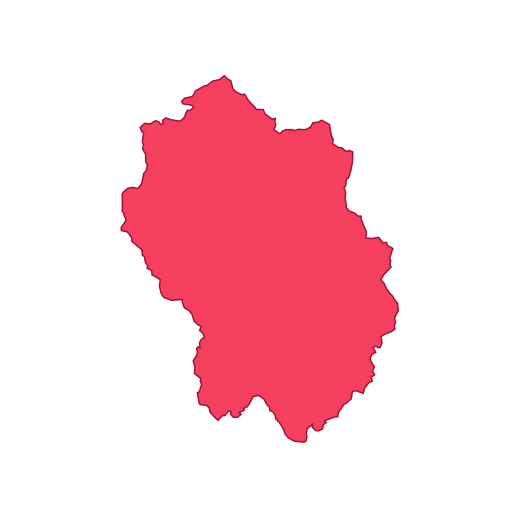 Adjuntas, Puerto Rico (orthographic projection), rotated 224°
{"feature_id": "32010507B57249745430969", "entity_name": "Adjuntas", "entity_type": "district", "adm_level": 2, "iso_a3": "PRI", "parent_name": "Puerto Rico", "parent_adm1": "", "projection": "orthographic", "projection_center": [-66.756, 18.181], "detail": "fine", "context": "isolated", "style": "filled", "palette": "rose", "viewbox_px": 512, "rotation_deg": 224, "n_neighbors": 0, "source": "geoboundaries", "source_scale": "gbopen_adm2", "svg_char_len": 3177}
<svg xmlns="http://www.w3.org/2000/svg" viewBox="0 0 512 512"><g transform="rotate(224 256 256)"><path d="M123.4,152.5L122.7,152.2L117.3,151.0L111.7,148.3L106.6,147.6L99.7,149.4L92.5,155.1L91.4,157.3L93.6,161.2L96.8,163.5L99.2,167.6L98.3,174.2L96.7,172.1L92.0,171.8L89.7,173.5L88.0,178.0L90.4,181.5L89.8,185.1L92.2,185.0L87.4,195.3L85.5,197.1L88.0,200.6L89.7,210.4L88.9,212.6L88.3,219.4L92.4,225.4L90.8,228.4L83.4,231.7L86.1,236.5L86.8,243.3L85.5,246.6L88.9,248.9L88.1,253.0L91.9,253.9L94.0,258.6L101.0,260.3L103.3,262.5L104.2,265.7L103.0,269.9L108.3,271.6L107.0,274.5L104.2,275.0L103.2,276.9L105.2,281.2L110.0,284.7L109.3,288.8L106.2,295.3L105.3,300.1L108.2,301.9L109.2,304.8L113.6,308.2L115.8,315.7L121.7,320.5L123.9,320.4L131.4,322.3L133.8,322.0L141.0,323.6L144.4,325.2L149.8,325.7L151.1,331.4L151.2,341.9L153.2,342.5L156.0,346.3L158.1,346.8L162.8,356.5L168.5,354.9L171.6,356.5L173.9,353.6L179.2,354.5L180.8,354.5L184.5,349.4L189.1,345.5L189.9,345.6L193.3,350.1L196.4,351.2L206.5,355.8L208.1,357.7L210.4,355.5L215.2,355.4L219.8,353.2L220.0,353.2L224.9,353.5L226.3,355.3L232.3,359.8L235.9,364.3L239.8,365.9L240.4,369.1L244.4,373.8L243.6,376.5L247.8,384.4L252.1,390.9L258.7,398.1L262.4,396.6L263.0,394.5L265.0,393.7L269.5,393.5L271.2,391.6L278.9,389.9L281.6,393.6L285.4,394.9L294.4,401.6L302.9,399.4L304.5,395.0L307.6,391.5L306.3,386.5L308.2,381.1L313.5,376.6L315.2,373.2L318.1,371.8L322.6,367.2L323.7,364.1L323.6,360.5L330.8,359.3L333.1,364.5L335.5,365.3L337.6,368.5L339.3,365.7L348.2,364.4L352.5,366.4L357.4,361.8L361.5,362.4L362.7,362.2L369.8,362.6L376.6,364.5L378.4,362.1L385.3,359.9L388.9,360.3L395.9,364.6L399.0,363.6L404.1,363.7L404.8,357.6L408.7,351.6L409.7,344.8L411.3,342.5L414.3,332.5L413.5,330.5L412.5,326.6L417.0,319.9L417.0,315.6L414.1,314.8L406.7,320.0L404.0,319.6L404.6,314.7L406.6,313.4L405.5,309.3L403.8,306.6L404.1,300.4L411.7,295.0L416.9,292.6L417.5,288.7L414.4,286.4L416.3,284.4L418.8,285.1L422.3,283.4L423.8,277.6L428.3,274.0L428.6,268.0L424.4,266.1L422.6,266.8L417.1,259.2L414.2,257.8L412.0,254.3L405.8,252.3L400.9,247.2L397.2,245.9L394.3,241.1L394.1,237.4L388.5,228.7L387.8,222.5L392.6,219.5L395.3,215.4L395.7,211.3L395.6,208.9L395.3,207.6L384.7,196.9L383.2,195.2L380.8,194.6L374.2,191.5L372.8,182.9L370.5,180.8L365.3,184.0L357.8,182.7L355.7,180.3L342.5,181.2L338.1,177.6L335.7,178.0L330.8,174.4L327.0,173.8L326.4,172.8L325.8,171.5L321.0,173.1L317.7,170.2L312.3,171.7L308.4,172.4L304.4,167.1L298.1,163.2L293.6,162.1L286.0,165.4L279.2,173.2L275.5,170.8L271.5,169.0L266.4,170.2L261.7,169.7L255.2,166.2L250.6,166.1L246.3,167.3L244.9,163.3L240.7,163.5L236.7,161.8L237.4,157.9L236.3,154.2L232.5,151.2L234.7,150.3L234.4,147.9L231.9,146.9L229.8,143.7L228.4,137.0L222.9,133.8L218.8,128.8L210.4,129.4L209.2,127.3L206.0,125.9L202.5,118.9L203.2,116.9L194.5,110.6L192.9,110.4L187.9,114.1L184.5,114.3L180.0,111.6L169.1,111.3L169.3,117.7L167.4,119.8L168.3,125.1L166.0,126.8L164.7,124.5L160.3,124.3L157.2,127.2L156.8,131.8L159.5,131.8L157.3,136.8L158.9,138.1L157.6,141.4L158.0,144.7L160.4,153.1L157.0,157.7L150.9,158.6L144.2,156.5L141.7,156.9L138.5,154.3L135.8,155.7L131.6,154.7L128.6,152.5L123.4,152.5Z" fill="#f43f5e" stroke="#9f1239" stroke-width="1.5"/></g></svg>